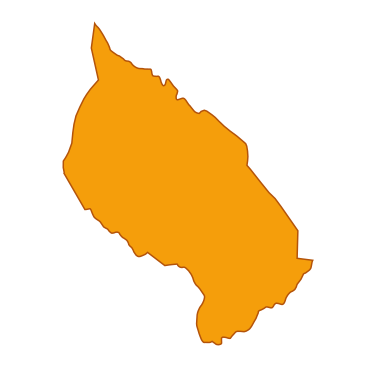 outline of La Libertad, Francisco Morazán, Honduras, rotated 192°
{"feature_id": "27666195B53606089505662", "entity_name": "La Libertad", "entity_type": "district", "adm_level": 2, "iso_a3": "HND", "parent_name": "Honduras", "parent_adm1": "Francisco Morazán", "projection": "equal_earth", "projection_center": [-87.505, 13.705], "detail": "fine", "context": "isolated", "style": "filled", "palette": "amber", "viewbox_px": 384, "rotation_deg": 192, "n_neighbors": 0, "source": "geoboundaries", "source_scale": "gbopen_adm2", "svg_char_len": 5918}
<svg xmlns="http://www.w3.org/2000/svg" viewBox="0 0 384 384"><g transform="rotate(192 192 192)"><path d="M322.2,336.6L320.4,311.9L306.8,282.1L312.7,271.5L315.3,265.6L317.1,260.6L319.4,251.6L321.3,242.3L321.5,233.7L320.9,225.3L319.7,214.8L321.0,205.3L322.3,200.8L323.2,198.2L324.3,195.5L323.0,189.1L321.0,184.4L321.1,183.7L293.1,152.6L291.7,153.0L288.7,154.3L288.2,154.4L287.4,153.8L286.9,153.2L286.2,152.1L285.1,150.4L284.3,149.3L283.3,148.0L282.7,147.3L282.1,146.8L281.4,146.4L280.7,146.0L278.8,145.2L276.7,144.4L276.2,144.1L275.4,143.6L274.9,143.1L272.4,140.7L271.4,139.7L271.1,139.5L270.9,139.4L269.1,138.8L267.5,138.4L267.0,138.2L266.6,138.0L265.8,137.3L265.2,136.7L263.8,135.8L262.8,135.3L262.3,135.1L261.8,135.1L261.0,135.3L260.0,135.7L258.6,136.6L258.0,136.9L257.2,137.1L256.6,137.2L256.0,137.2L255.5,137.1L255.0,136.9L254.6,136.6L254.3,136.3L253.7,135.5L253.2,135.1L252.1,134.2L250.9,133.4L250.4,133.1L248.8,132.6L247.2,131.9L246.2,131.5L245.5,131.0L244.6,130.1L243.8,129.1L243.4,128.5L243.0,127.6L242.7,127.2L242.3,126.9L241.6,126.3L240.9,125.9L239.8,125.3L239.1,124.8L238.4,124.0L237.6,123.1L237.2,122.5L236.6,121.6L236.3,121.2L234.2,119.2L233.5,118.6L233.2,118.4L232.4,118.1L231.9,117.9L231.4,117.8L231.0,117.8L230.5,117.8L230.2,117.9L229.6,118.1L229.1,118.3L227.7,119.2L227.1,119.6L224.8,121.3L224.4,121.7L224.0,122.2L222.9,123.7L203.3,114.4L199.1,116.0L195.5,117.2L191.9,118.3L191.7,118.3L191.4,118.3L191.2,118.2L191.0,117.9L190.7,117.4L190.4,117.1L189.4,116.5L188.7,116.2L187.8,116.0L186.9,116.0L186.1,116.1L185.8,116.2L185.1,116.6L184.6,116.7L183.8,116.8L183.2,116.7L182.6,116.5L181.8,116.1L179.9,114.9L178.8,114.2L178.2,113.6L176.0,111.6L175.2,110.7L174.8,110.2L174.0,109.1L173.4,108.3L172.4,106.5L171.8,105.4L170.6,103.9L169.7,102.9L169.1,102.3L168.5,101.8L167.9,101.4L166.9,100.9L166.3,100.5L164.5,99.1L163.9,98.6L158.9,93.8L158.5,93.3L158.2,92.9L158.0,92.3L157.9,91.8L157.8,91.3L157.8,90.7L157.8,89.1L157.9,88.4L158.0,87.6L158.4,85.7L158.8,84.5L159.0,83.7L159.6,82.5L159.9,81.8L160.3,80.8L160.6,79.8L160.8,78.8L161.1,77.5L161.3,76.2L161.4,75.1L161.4,73.9L161.4,72.9L160.2,64.7L160.1,64.0L159.8,63.2L159.6,62.5L159.3,61.8L158.4,60.1L157.0,57.6L155.6,55.0L153.9,52.3L152.3,49.9L151.9,49.4L151.4,48.9L150.9,48.4L150.4,48.0L150.1,47.8L149.6,47.5L149.3,47.4L148.8,47.4L147.0,47.8L144.3,48.3L143.3,48.6L142.5,49.0L142.0,49.4L141.3,50.1L140.5,49.8L139.8,49.3L139.4,49.3L138.7,49.0L137.1,48.2L136.4,48.0L135.6,48.0L134.8,48.1L134.1,48.2L133.5,48.5L132.9,48.8L132.3,49.2L131.8,49.7L131.7,49.9L131.7,50.1L131.7,50.4L131.8,51.0L132.4,53.4L132.6,54.4L132.7,54.9L132.7,55.3L132.6,55.5L132.4,55.8L132.2,56.1L131.7,56.4L131.3,56.5L130.1,56.7L128.3,56.8L126.6,56.6L125.8,56.6L125.0,56.6L124.3,56.8L124.1,56.9L123.9,57.3L123.1,59.1L122.3,60.5L121.3,62.2L120.4,63.8L120.1,64.2L119.8,64.5L119.3,64.8L118.8,65.1L118.2,65.3L117.5,65.4L115.5,65.8L112.8,66.1L111.8,66.3L111.0,66.7L110.1,67.2L109.3,67.9L108.4,68.7L107.7,69.5L107.2,70.1L106.7,71.1L106.0,72.6L105.5,74.1L104.3,78.1L103.3,81.1L103.0,82.2L102.8,83.7L102.6,84.8L102.1,87.3L102.1,87.8L102.2,88.4L102.2,88.8L102.1,89.1L101.9,89.5L101.6,89.8L101.2,90.2L99.8,91.1L98.3,92.3L97.2,93.3L96.2,94.4L95.8,94.8L95.4,95.0L94.7,95.2L90.7,95.1L90.1,95.3L89.6,95.5L89.3,95.9L88.9,96.6L88.6,97.3L88.2,98.7L87.8,99.4L87.5,99.8L87.3,100.1L87.0,100.4L86.7,100.6L86.3,100.8L86.0,100.8L84.8,100.9L83.8,100.9L81.8,100.7L80.8,100.7L80.4,100.8L80.0,100.9L79.8,101.1L79.5,101.4L79.3,101.7L79.0,102.1L78.6,103.3L78.3,104.9L78.1,107.3L78.0,107.8L77.9,108.3L77.2,110.4L76.8,111.4L76.4,112.2L75.7,113.4L75.0,114.4L74.2,115.1L73.0,116.0L72.2,116.8L71.5,117.6L71.3,117.9L71.0,118.4L70.7,119.5L70.3,120.7L70.2,121.7L70.1,123.0L70.0,123.5L69.6,124.4L67.3,129.3L65.9,135.0L65.6,135.4L64.9,135.9L64.1,136.4L62.7,138.0L61.8,139.0L61.2,139.7L60.6,140.6L60.3,141.3L60.0,142.0L59.9,142.9L59.9,145.0L60.0,148.5L59.9,149.4L59.7,150.3L75.4,149.0L80.4,176.1L101.5,195.9L109.3,202.8L116.6,207.4L127.3,216.1L139.8,226.5L143.8,229.5L144.1,233.9L144.7,238.2L146.2,243.6L148.0,248.2L149.6,250.5L159.5,255.9L167.6,259.6L174.2,263.0L180.7,267.0L184.7,269.7L188.4,271.6L194.4,274.2L197.0,274.5L199.8,272.7L201.2,270.4L202.5,270.3L203.7,270.4L204.5,270.6L205.3,270.8L206.1,271.2L206.9,271.7L210.1,274.3L212.0,275.9L213.4,276.8L217.1,280.4L217.6,280.8L218.3,281.3L219.0,281.7L219.5,281.8L219.9,281.9L220.2,281.9L220.5,281.8L221.1,281.6L221.8,281.2L225.0,279.3L225.2,279.2L225.6,279.2L225.9,279.2L226.2,279.4L226.6,279.7L226.9,280.2L227.2,281.2L227.4,282.1L227.4,282.8L227.4,283.2L227.4,283.6L227.1,284.6L227.0,286.6L227.0,287.3L227.0,287.6L227.1,287.8L227.2,288.1L227.7,288.6L228.4,289.2L232.2,291.8L234.7,294.1L235.9,295.2L237.3,296.4L238.3,297.2L238.6,297.3L238.8,297.3L239.3,297.2L239.6,297.1L239.8,296.9L240.1,296.5L240.3,296.1L240.4,295.2L240.5,291.9L240.6,291.5L240.9,290.9L241.2,290.5L241.8,290.1L242.1,290.0L242.3,290.1L242.7,290.3L243.2,290.7L243.8,291.3L244.3,292.0L244.8,292.7L245.2,293.3L246.0,295.0L246.7,296.1L247.1,296.7L247.6,297.4L247.9,297.7L248.4,298.0L248.8,298.2L249.2,298.2L250.9,297.7L252.6,297.5L253.3,297.4L254.1,297.5L254.5,297.6L254.9,298.0L255.2,298.4L255.8,299.4L256.1,300.2L256.6,301.6L257.1,302.5L257.5,303.2L257.8,303.4L258.3,303.5L258.9,303.4L261.3,302.9L263.0,302.6L264.0,302.4L265.5,302.4L266.5,302.3L268.6,301.9L269.4,301.8L270.6,301.8L271.8,302.0L273.0,302.3L273.8,302.6L274.5,302.9L275.5,303.4L276.5,304.0L277.0,304.4L277.5,304.8L278.2,305.5L278.6,305.8L279.1,306.1L279.6,306.3L280.2,306.5L280.9,306.7L281.7,306.7L282.6,306.6L283.2,306.5L284.2,306.6L284.8,306.7L285.5,307.0L286.4,307.7L286.9,308.0L291.0,309.8L291.6,310.0L292.9,310.1L294.0,310.4L296.8,311.6L298.2,312.2L300.3,313.2L301.1,313.7L301.4,314.0L301.7,314.3L301.9,314.6L302.6,316.0L303.4,317.2L304.3,318.5L304.8,319.2L305.8,320.5L307.7,322.5L310.4,325.7L312.0,327.5L314.7,330.3L316.3,331.9L318.0,333.3L319.1,334.0L320.5,334.9L321.3,335.7L322.2,336.6Z" fill="#f59e0b" stroke="#b45309" stroke-width="1.5"/></g></svg>